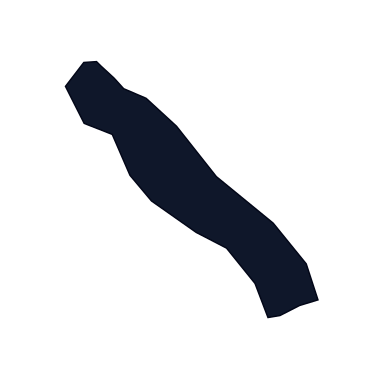 the Municipality of Aerodrom, rotated 14°
{"feature_id": "MKD-2937", "entity_name": "Aerodrom", "entity_type": "Municipality", "adm_level": 1, "iso_a3": "MKD", "parent_name": "North Macedonia", "parent_adm1": "", "projection": "equal_earth", "projection_center": [21.482, 41.951], "detail": "fine", "context": "isolated", "style": "filled", "palette": "ink", "viewbox_px": 384, "rotation_deg": 14, "n_neighbors": 0, "source": "natural_earth", "source_scale": "10m", "svg_char_len": 457}
<svg xmlns="http://www.w3.org/2000/svg" viewBox="0 0 384 384"><g transform="rotate(14 192 192)"><path d="M49.2,126.5L43.7,120.1L55.7,92.5L58.5,91.6L67.8,88.6L73.0,91.7L88.9,100.4L100.7,108.3L124.8,112.2L161.0,131.9L211.9,171.2L278.3,202.6L320.2,234.1L340.3,266.2L323.8,276.1L307.2,290.6L296.1,295.4L275.3,265.5L239.1,238.1L205.9,230.2L154.9,210.5L127.8,190.8L100.7,155.4L70.8,151.5L49.2,126.5Z" fill="#0f172a" stroke="#020617" stroke-width="1.5"/></g></svg>